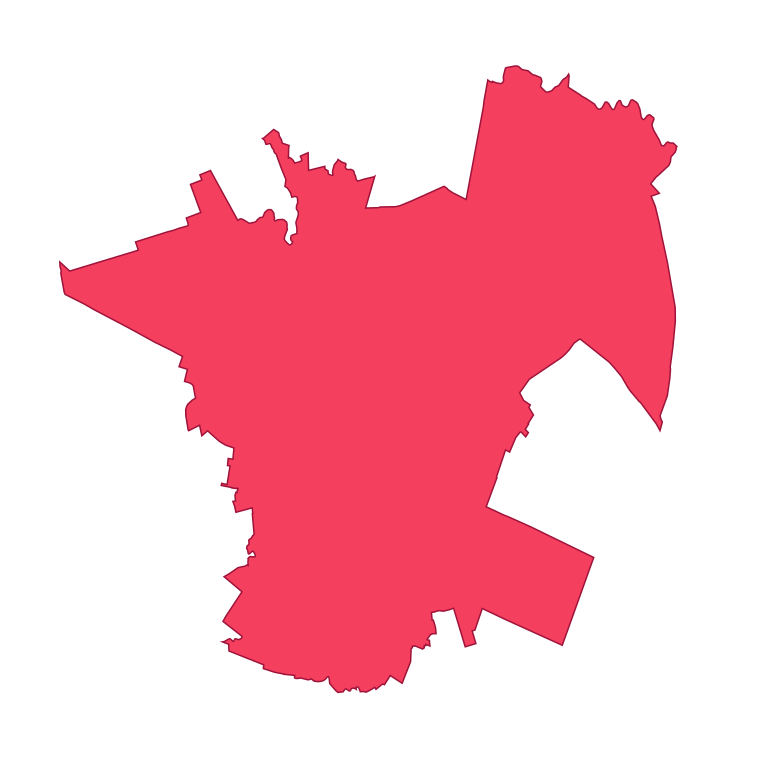 Timisoara, Timis, Romania, rotated 85°
{"feature_id": "2599482B15929975886396", "entity_name": "Timisoara", "entity_type": "district", "adm_level": 2, "iso_a3": "ROU", "parent_name": "Romania", "parent_adm1": "Timis", "projection": "natural_earth1", "projection_center": [21.198, 45.759], "detail": "fine", "context": "isolated", "style": "filled", "palette": "rose", "viewbox_px": 768, "rotation_deg": 85, "n_neighbors": 0, "source": "geoboundaries", "source_scale": "gbopen_adm2", "svg_char_len": 6104}
<svg xmlns="http://www.w3.org/2000/svg" viewBox="0 0 768 768"><g transform="rotate(85 384 384)"><path d="M278.1,675.8L284.4,666.8L307.0,631.7L322.3,608.9L331.3,594.0L339.0,582.3L348.9,586.7L352.2,578.6L364.0,582.5L366.1,577.3L367.5,575.4L369.8,573.9L370.3,574.1L381.7,573.0L383.3,576.4L387.1,581.3L389.5,582.7L392.3,583.8L398.2,584.2L412.8,583.1L413.5,582.7L409.0,571.3L419.7,570.0L415.3,563.8L426.3,553.5L428.0,551.4L431.2,546.9L434.7,539.1L445.8,541.1L444.6,545.7L451.6,547.0L452.2,544.5L470.5,549.1L468.8,554.3L470.9,555.0L474.0,544.4L474.3,544.5L475.1,541.0L475.3,539.6L475.0,539.5L475.4,538.5L478.5,539.8L479.3,539.7L479.0,541.0L482.1,542.2L487.6,542.1L487.8,544.8L492.5,543.5L498.9,542.7L495.9,526.1L501.5,526.0L501.5,526.4L502.3,526.5L522.5,526.5L523.6,528.0L526.2,529.8L527.0,531.6L527.8,532.3L531.5,532.4L532.3,532.9L533.4,534.5L535.5,535.2L537.9,534.3L541.1,534.0L541.6,533.5L541.4,532.8L539.3,530.0L539.3,528.8L542.4,527.3L544.1,527.3L545.0,527.7L544.3,532.2L544.5,533.0L545.9,534.7L546.4,534.5L549.9,535.1L553.0,535.1L552.3,536.3L553.3,538.1L554.2,545.4L559.3,554.3L562.0,560.1L578.6,543.6L601.6,561.8L606.5,565.1L623.0,547.4L624.8,548.1L626.0,550.7L624.8,554.6L627.2,556.3L627.1,557.1L625.1,558.7L624.3,559.9L624.6,561.2L626.6,565.5L626.8,567.4L629.8,561.4L636.5,561.7L653.3,528.3L657.0,529.0L661.7,517.9L664.1,509.4L664.4,509.3L666.5,498.4L668.7,498.8L669.5,498.0L669.8,496.1L669.7,492.4L672.0,485.8L672.0,484.0L671.5,482.1L674.0,479.4L674.8,475.2L674.7,472.6L674.2,470.3L673.1,468.2L670.9,466.0L670.7,464.9L672.0,464.3L677.7,464.2L685.2,458.8L687.2,456.8L687.1,451.6L684.7,449.5L684.3,448.5L686.8,445.4L686.7,444.4L684.6,443.0L684.2,441.8L684.6,439.9L685.8,438.2L683.9,438.4L683.4,437.2L683.7,436.3L684.6,435.6L688.5,434.4L688.5,431.7L689.4,428.6L688.2,425.4L685.4,419.6L687.5,418.6L682.7,411.6L683.6,409.8L675.0,403.2L683.7,392.0L662.9,381.7L650.4,380.1L649.1,378.8L647.7,378.6L647.8,376.1L647.6,375.9L651.4,368.6L650.3,366.9L648.8,366.9L648.8,366.5L648.1,366.5L648.1,364.9L647.1,364.8L649.0,361.1L643.3,361.1L642.5,363.3L641.9,363.2L637.6,359.4L637.0,356.6L637.3,353.9L631.6,353.9L627.4,354.6L623.5,355.5L623.5,356.6L615.7,356.7L615.5,353.5L614.7,350.3L614.6,348.7L615.5,344.7L614.7,339.4L613.5,334.2L652.9,326.0L650.6,315.1L637.7,317.7L637.1,314.9L616.2,305.7L629.4,283.2L659.8,229.2L575.1,190.2L539.2,250.1L526.7,272.5L525.0,276.0L515.2,292.9L487.1,279.6L486.3,280.0L460.3,268.7L462.8,264.8L448.8,257.4L443.7,252.5L443.8,251.6L449.0,247.4L445.0,244.4L441.6,247.2L436.4,243.4L435.9,243.9L427.9,237.8L420.0,241.7L417.6,240.1L412.6,246.3L404.6,249.6L391.9,238.8L373.4,205.4L370.0,200.8L366.2,196.6L360.0,191.3L357.0,186.5L356.4,184.5L356.6,184.3L381.8,157.8L388.0,153.1L397.1,146.8L408.9,141.3L412.5,139.2L424.0,131.1L424.0,130.7L425.4,129.7L447.3,116.3L454.5,113.1L446.6,110.2L445.6,110.1L444.3,110.9L439.8,111.8L420.5,102.8L402.9,98.7L394.3,97.3L392.0,97.4L372.3,93.0L346.9,88.3L335.4,87.4L332.5,87.3L288.1,91.0L260.3,94.5L248.6,95.6L230.5,98.3L220.2,101.5L218.0,93.1L207.8,100.9L200.7,94.0L200.7,93.5L191.1,81.2L187.9,79.4L182.8,78.3L178.4,73.7L175.9,72.6L173.9,72.3L173.0,71.5L169.2,74.8L168.9,77.8L167.7,79.9L167.8,80.8L168.3,81.6L171.2,84.4L170.7,86.2L169.9,87.1L165.2,88.4L154.6,93.3L150.4,94.4L148.5,94.3L143.7,92.0L142.4,92.1L139.1,95.6L138.9,96.7L139.7,98.5L141.7,100.2L143.2,102.2L142.6,103.5L140.2,104.5L132.0,105.2L126.9,106.8L125.2,108.1L122.6,111.6L122.7,113.0L123.7,113.9L127.9,116.1L129.1,118.1L129.1,119.1L128.6,120.2L127.1,122.2L126.3,122.7L122.7,123.7L122.3,124.0L122.2,125.2L124.2,127.3L129.6,130.2L130.3,130.9L130.7,132.1L129.4,133.3L124.1,135.8L122.6,137.4L122.4,138.5L122.5,139.1L127.7,142.6L128.9,144.3L129.0,146.2L127.4,147.9L123.4,150.0L117.4,157.6L113.8,162.9L113.4,162.9L104.4,174.6L93.1,172.7L91.4,173.1L94.1,175.2L96.4,179.2L101.9,183.9L103.3,187.9L106.6,191.6L107.6,196.2L106.5,197.9L101.8,201.9L100.5,202.0L96.4,200.3L93.2,200.8L92.2,201.6L89.5,206.8L89.0,208.8L84.5,213.2L82.9,219.0L79.7,222.0L78.9,223.3L78.6,226.0L79.5,234.6L80.0,235.5L86.4,237.8L88.6,238.4L92.1,238.4L94.3,239.6L94.9,241.6L94.7,242.6L93.7,246.0L92.0,249.5L93.0,249.6L92.9,250.0L91.9,252.2L90.2,254.1L110.0,259.5L117.2,261.0L207.4,286.1L199.4,299.0L196.0,303.2L194.1,304.6L192.3,307.0L204.0,340.5L207.8,352.7L208.4,357.2L207.3,372.5L207.9,373.6L207.1,387.0L176.3,375.1L176.7,375.8L178.1,385.5L179.6,392.6L177.7,393.9L174.5,394.2L172.0,395.2L170.2,395.3L168.7,396.0L167.4,398.0L167.1,402.3L164.9,403.7L161.8,402.7L160.9,403.1L160.4,403.9L160.5,404.5L158.4,407.8L156.3,410.2L157.3,410.6L161.2,414.4L166.3,416.3L168.3,416.8L171.5,416.7L171.7,417.8L170.0,421.1L166.7,421.2L164.8,424.0L162.0,424.0L164.6,440.5L147.0,439.4L149.6,447.3L150.0,447.5L152.6,446.5L154.5,446.7L155.4,449.4L156.1,453.8L153.4,454.9L151.6,456.4L150.2,458.2L150.5,459.5L141.2,458.5L138.1,457.8L135.2,464.4L132.1,464.8L127.7,466.7L124.9,466.9L124.2,467.3L120.8,471.7L128.7,482.7L128.8,483.6L131.1,481.6L134.8,480.8L135.0,479.9L134.5,477.0L134.9,476.2L138.6,475.0L140.9,473.7L143.3,473.2L144.7,472.4L145.2,471.5L159.1,467.8L171.8,463.9L178.6,465.5L180.2,463.3L181.4,462.5L185.6,460.4L189.9,459.5L189.4,456.9L189.6,455.5L190.2,454.4L191.8,454.0L196.0,454.2L198.5,455.5L201.2,456.0L202.2,455.9L204.6,454.6L206.9,454.5L208.5,454.8L214.8,457.5L216.2,457.7L221.3,457.2L226.5,457.7L227.6,462.3L228.3,463.6L229.8,464.1L231.8,464.3L233.0,463.9L234.3,462.6L235.5,463.2L236.7,464.3L237.2,465.4L237.0,466.5L233.2,469.7L230.9,470.8L227.2,469.6L221.7,466.8L219.3,467.0L217.0,466.6L214.3,466.9L212.0,469.0L211.2,470.7L211.1,475.7L212.1,477.9L211.9,478.6L210.6,479.1L209.4,478.5L207.4,478.9L204.4,478.8L201.5,480.3L200.5,481.3L200.2,483.4L200.6,485.1L202.7,487.8L207.0,490.1L207.4,490.9L207.3,492.8L207.6,493.4L209.6,496.2L210.1,496.2L211.5,498.4L212.2,504.2L208.1,509.7L207.0,512.0L207.0,513.1L208.2,515.4L156.2,538.3L159.6,549.2L164.9,547.7L168.3,559.4L197.2,551.6L201.4,566.5L207.2,565.2L208.8,565.2L209.3,565.5L211.1,575.0L212.6,580.6L213.6,586.6L220.8,619.1L229.3,617.1L244.1,687.3L234.2,696.3L238.7,696.5L242.9,695.7L245.6,696.3L264.6,694.6L267.0,693.8L278.1,675.8Z" fill="#f43f5e" stroke="#9f1239" stroke-width="1.5"/></g></svg>